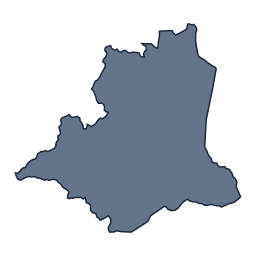 outline of Santa Leopoldina, Espírito Santo, Brazil
{"feature_id": "56859067B80837688961366", "entity_name": "Santa Leopoldina", "entity_type": "district", "adm_level": 2, "iso_a3": "BRA", "parent_name": "Brazil", "parent_adm1": "Espírito Santo", "projection": "orthographic", "projection_center": [-40.564, -20.108], "detail": "fine", "context": "isolated", "style": "filled", "palette": "slate", "viewbox_px": 256, "rotation_deg": 0, "n_neighbors": 0, "source": "geoboundaries", "source_scale": "gbopen_adm2", "svg_char_len": 3603}
<svg xmlns="http://www.w3.org/2000/svg" viewBox="0 0 256 256"><path d="M240.6,196.8L239.4,194.0L238.2,191.4L237.2,189.1L236.4,186.7L236.4,184.4L236.9,182.4L236.0,179.9L234.8,178.0L233.2,177.1L232.6,174.9L232.0,173.2L231.0,171.8L229.2,169.3L226.2,168.5L224.7,166.6L222.0,166.9L219.3,166.9L217.5,165.0L216.8,163.1L214.7,163.0L213.1,162.4L211.6,160.7L211.2,158.3L209.0,156.0L207.7,153.4L206.6,150.5L205.5,148.8L204.7,146.5L206.2,119.7L212.6,88.8L212.9,87.0L216.2,68.8L214.7,66.9L212.5,66.0L210.6,64.6L208.7,63.3L206.9,62.2L205.5,60.6L203.3,59.3L201.2,58.1L199.0,56.7L197.7,54.0L197.3,50.4L196.5,47.2L196.2,44.9L195.8,42.5L195.6,40.1L195.7,36.6L195.6,33.3L196.7,30.3L196.4,27.6L193.9,24.4L192.0,24.9L190.1,24.2L188.0,23.9L187.1,26.2L187.1,28.1L185.5,29.8L183.0,31.3L180.7,32.6L178.6,33.6L175.6,34.9L173.4,33.1L172.2,30.6L159.4,31.2L159.4,34.2L159.4,36.8L158.9,39.3L158.4,41.5L158.3,43.8L158.1,46.3L157.3,48.1L155.6,47.5L153.6,46.0L151.5,43.9L141.9,43.6L143.6,45.2L145.7,46.4L146.6,49.4L144.6,51.4L143.5,54.0L144.2,56.8L142.0,57.0L140.2,55.8L139.3,53.1L137.4,52.5L134.9,52.4L132.6,52.1L130.6,52.9L127.9,52.5L125.7,50.6L123.3,50.4L121.2,52.4L118.5,51.1L117.0,49.1L114.7,50.2L111.6,48.4L110.6,45.7L108.6,46.1L106.9,46.6L105.1,48.1L104.9,50.8L106.4,52.0L106.8,54.1L106.1,56.3L104.6,58.1L103.1,59.9L102.9,62.0L105.1,63.4L105.2,66.6L104.1,68.8L102.7,71.1L101.2,73.9L99.8,76.9L97.5,80.1L95.3,81.1L94.1,83.8L93.1,86.6L91.5,89.1L93.5,91.0L94.5,93.6L95.3,95.3L96.1,97.9L96.7,100.7L98.5,103.3L101.9,103.2L103.7,104.5L104.6,107.2L104.3,110.3L105.9,111.7L108.1,112.3L107.1,114.6L105.9,116.2L104.5,117.3L102.7,118.7L100.8,118.1L98.8,119.3L97.2,121.1L95.6,123.8L93.2,125.3L91.4,126.6L89.1,125.2L87.3,124.3L87.1,126.4L86.1,128.8L83.5,129.0L83.1,126.2L81.7,122.9L80.1,120.9L79.8,118.2L78.4,117.0L76.6,116.4L74.7,117.1L72.4,117.3L70.7,116.8L69.2,114.6L66.6,116.0L64.2,117.1L62.1,117.7L60.7,119.9L61.4,123.1L60.9,125.1L59.0,126.9L59.5,129.7L60.2,131.8L60.6,134.0L58.3,135.6L57.7,137.8L58.6,139.4L57.0,141.2L56.0,143.6L55.8,146.3L54.2,148.5L51.7,149.6L49.6,150.8L47.5,151.3L45.0,150.8L43.2,151.6L41.4,151.3L39.5,152.7L37.5,154.1L36.8,156.8L35.3,159.0L33.1,159.4L31.1,160.5L29.3,161.9L27.9,163.3L26.4,165.3L25.5,167.3L23.2,167.9L21.4,169.3L19.9,171.2L18.0,173.2L15.4,172.9L16.4,176.4L18.1,179.4L20.4,180.2L22.5,179.2L24.4,178.0L26.6,177.0L29.3,176.6L31.3,176.9L33.4,176.7L35.3,176.7L37.0,178.0L39.2,178.1L42.2,179.2L44.7,180.2L46.5,179.3L49.0,180.4L52.0,179.4L54.3,179.5L56.6,180.0L58.3,182.5L60.5,183.7L61.6,185.3L62.8,187.3L65.5,188.9L67.5,190.3L69.0,191.9L67.7,195.4L67.5,198.1L69.2,198.7L71.5,197.9L73.2,198.4L74.7,197.4L76.6,197.5L78.6,197.5L81.0,197.4L83.2,199.0L85.2,197.8L85.8,200.1L86.2,202.5L88.8,203.7L90.6,205.4L90.5,208.1L90.8,210.7L92.7,212.5L94.3,213.2L96.2,214.0L96.7,216.9L98.9,218.2L99.9,220.1L101.6,219.7L103.4,218.8L105.8,217.4L108.4,215.8L110.8,219.2L110.7,221.4L110.5,223.2L109.6,224.8L108.4,227.3L108.4,229.6L109.7,232.1L111.6,232.0L114.0,232.0L116.1,231.0L118.2,231.1L122.1,231.7L124.8,231.8L131.3,232.1L147.8,221.5L149.0,219.4L149.6,217.6L150.6,215.9L152.0,214.8L153.4,213.8L154.8,212.7L156.4,211.8L158.2,210.5L160.5,209.0L162.7,207.4L164.1,206.3L166.2,207.0L167.9,209.3L171.7,210.7L175.1,210.2L177.1,208.9L178.5,207.5L179.6,206.1L181.2,204.3L182.7,202.5L185.3,200.5L187.7,199.3L189.4,200.9L192.0,201.5L193.9,202.0L195.9,201.8L197.5,202.6L199.2,203.5L201.6,203.5L204.5,205.2L207.4,205.3L209.7,204.7L211.5,204.5L214.0,205.1L216.4,205.8L219.4,205.8L221.1,207.1L223.3,206.2L225.6,205.2L228.2,204.0L231.8,202.9L234.6,202.1L238.5,198.9L240.6,196.8Z" fill="#64748b" stroke="#1e293b" stroke-width="1.5"/></svg>